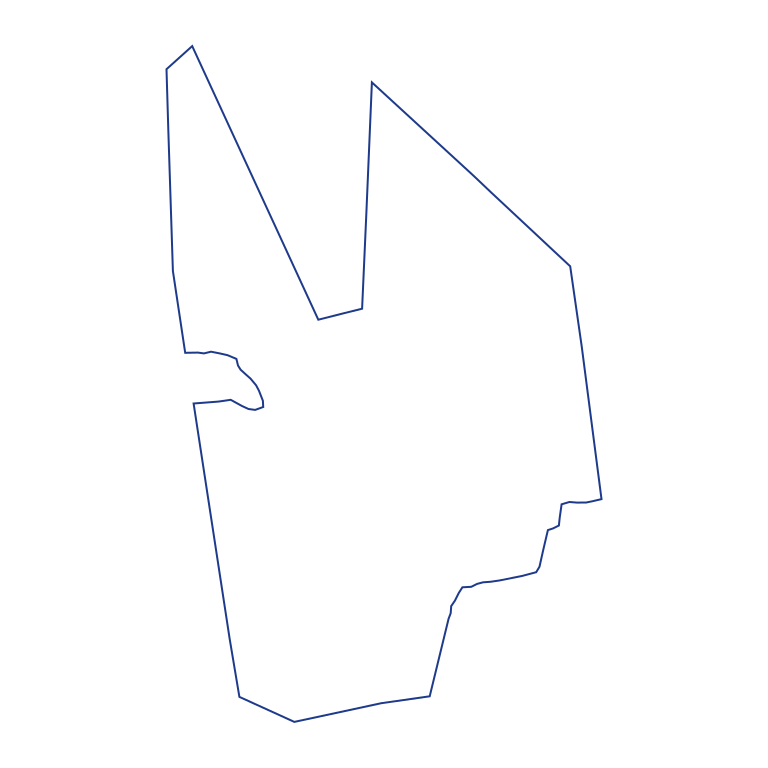 the district of Socorro do Piauí, Piauí, Brazil
{"feature_id": "56859067B27559858306193", "entity_name": "Socorro do Piauí", "entity_type": "district", "adm_level": 2, "iso_a3": "BRA", "parent_name": "Brazil", "parent_adm1": "Piauí", "projection": "orthographic", "projection_center": [-42.476, -7.881], "detail": "fine", "context": "isolated", "style": "outline", "palette": "blue", "viewbox_px": 768, "rotation_deg": 0, "n_neighbors": 0, "source": "geoboundaries", "source_scale": "gbopen_adm2", "svg_char_len": 928}
<svg xmlns="http://www.w3.org/2000/svg" viewBox="0 0 768 768"><path d="M473.5,175.7L371.9,82.4L366.4,212.3L362.1,308.7L344.4,313.1L318.3,319.7L192.2,46.1L166.5,69.2L168.3,129.7L172.9,271.0L185.2,352.8L198.0,352.6L204.0,353.4L211.0,351.7L219.7,353.4L227.6,355.2L236.4,358.9L238.0,365.5L240.6,369.7L245.9,374.5L250.6,378.7L256.1,385.3L259.0,390.8L262.9,400.8L263.2,407.0L255.2,409.9L248.5,409.0L242.0,406.0L230.7,399.8L223.3,400.9L218.2,401.6L193.6,403.5L212.7,528.1L229.7,639.1L239.4,696.9L294.3,721.9L381.3,703.2L429.7,696.3L448.6,618.7L450.7,613.2L451.2,606.1L454.9,600.7L458.7,593.1L462.4,587.3L471.3,586.8L477.1,583.9L483.1,582.3L490.3,581.8L499.3,580.5L522.3,575.9L536.2,572.2L539.5,566.7L543.2,550.1L547.9,530.1L553.1,528.4L558.9,525.5L559.7,517.8L561.6,504.3L569.4,502.0L577.0,502.6L586.3,502.5L593.5,501.0L601.5,499.1L581.7,346.3L570.2,266.3L491.5,192.8L473.5,175.7Z" fill="none" stroke="#1e3a8a" stroke-width="2"/></svg>